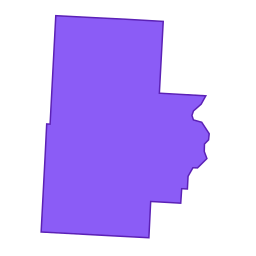 the district of Cherokee, Oklahoma, United States of America, rotated 183°
{"feature_id": "52423323B29041387960401", "entity_name": "Cherokee", "entity_type": "district", "adm_level": 2, "iso_a3": "USA", "parent_name": "United States of America", "parent_adm1": "Oklahoma", "projection": "mercator", "projection_center": [-95.13, 35.9], "detail": "fine", "context": "isolated", "style": "filled", "palette": "violet", "viewbox_px": 256, "rotation_deg": 183, "n_neighbors": 0, "source": "geoboundaries", "source_scale": "gbopen_adm2", "svg_char_len": 532}
<svg xmlns="http://www.w3.org/2000/svg" viewBox="0 0 256 256"><g transform="rotate(183 128 128)"><path d="M52.0,164.2L98.5,164.4L98.5,170.3L98.5,171.3L98.4,236.3L136.9,236.5L169.0,236.4L206.0,236.4L206.0,127.8L209.4,127.8L209.3,96.7L209.3,19.6L137.4,19.5L101.4,19.5L101.5,55.8L96.2,55.8L71.4,55.7L71.2,70.2L65.5,70.2L65.5,82.9L61.1,91.7L56.5,91.8L47.6,101.6L50.6,108.5L50.8,116.0L46.9,120.4L46.6,126.5L54.7,137.6L63.1,139.5L64.8,143.9L63.5,148.5L56.2,155.6L52.0,164.2Z" fill="#8b5cf6" stroke="#5b21b6" stroke-width="1.5"/></g></svg>